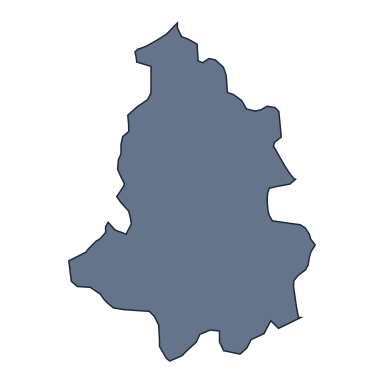 the district of Inje-gun, Gangwon, South Korea
{"feature_id": "91817680B61474779558203", "entity_name": "Inje-gun", "entity_type": "district", "adm_level": 2, "iso_a3": "KOR", "parent_name": "South Korea", "parent_adm1": "Gangwon", "projection": "mercator", "projection_center": [128.258, 38.093], "detail": "fine", "context": "isolated", "style": "filled", "palette": "slate", "viewbox_px": 384, "rotation_deg": 0, "n_neighbors": 0, "source": "geoboundaries", "source_scale": "gbopen_adm2", "svg_char_len": 1642}
<svg xmlns="http://www.w3.org/2000/svg" viewBox="0 0 384 384"><path d="M281.3,137.0L278.8,111.4L274.9,107.6L267.2,106.2L261.2,109.7L255.3,111.1L246.5,109.0L241.6,100.5L233.5,94.6L227.6,92.5L227.2,90.0L226.2,75.6L223.4,67.2L215.3,59.9L209.0,58.5L202.7,62.7L198.1,60.9L197.1,44.1L188.3,39.2L181.6,36.7L177.4,27.9L177.4,23.0L166.1,34.5L161.0,37.6L154.9,41.4L150.4,43.9L146.4,46.1L141.9,47.9L137.6,49.3L135.0,52.0L135.9,55.8L136.5,59.6L136.7,62.1L141.9,63.6L151.0,66.4L151.0,81.0L151.0,93.0L147.5,99.8L137.3,106.7L127.8,115.2L128.7,125.5L128.7,131.5L122.7,136.6L121.0,144.4L121.0,153.8L118.4,159.8L117.6,169.2L121.0,176.9L124.4,183.7L123.6,186.3L116.7,196.6L121.0,202.6L128.7,211.1L130.4,218.0L131.3,224.0L126.1,234.2L115.0,230.0L108.2,222.3L105.6,226.5L105.6,232.5L100.4,238.5L96.2,241.1L91.9,245.4L88.5,248.8L85.9,252.2L68.8,260.8L71.3,281.3L77.3,286.5L90.2,287.3L100.4,294.2L103.9,299.3L108.2,303.6L113.3,307.9L123.6,309.6L134.7,310.4L149.2,311.3L154.4,316.4L158.7,325.0L159.5,340.4L159.5,346.4L166.4,358.4L169.8,361.0L181.8,355.8L186.9,350.7L196.3,342.1L199.8,334.4L210.0,330.1L219.5,331.0L219.5,340.4L219.5,342.1L223.7,350.7L240.0,354.1L246.8,348.1L251.1,339.6L264.0,333.6L270.8,320.7L278.5,328.4L300.8,317.5L298.4,317.3L296.3,306.0L293.5,286.4L293.8,280.8L298.0,275.5L305.4,269.9L308.2,265.0L309.3,257.3L311.0,251.7L315.2,245.0L310.7,239.1L309.3,234.1L305.1,227.8L300.2,224.7L289.3,223.3L272.4,220.8L269.3,215.6L267.9,210.3L267.2,201.9L267.5,193.5L269.3,188.2L275.3,186.8L290.0,184.0L295.5,179.2L293.5,178.4L291.4,175.6L289.3,172.8L285.1,166.5L273.5,146.1L274.6,142.3L281.3,137.0Z" fill="#64748b" stroke="#1e293b" stroke-width="1.5"/></svg>